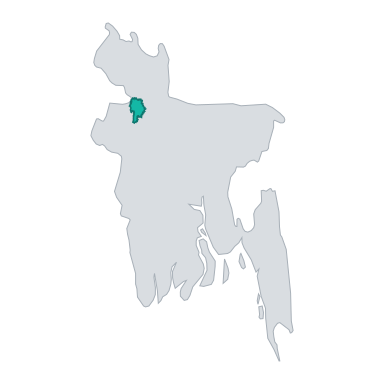 Joypurhat, Rajshahi, Bangladesh shown in context
{"feature_id": "16705992B2288856744536", "entity_name": "Joypurhat", "entity_type": "district", "adm_level": 2, "iso_a3": "BGD", "parent_name": "Bangladesh", "parent_adm1": "Rajshahi", "projection": "equal_earth", "projection_center": [89.098, 25.063], "detail": "fine", "context": "in_parent", "style": "filled", "palette": "teal", "viewbox_px": 384, "rotation_deg": 0, "n_neighbors": 0, "source": "geoboundaries", "source_scale": "gbopen_adm2", "svg_char_len": 8014}
<svg xmlns="http://www.w3.org/2000/svg" viewBox="0 0 384 384"><path d="M135.6,284.1L135.6,273.5L129.9,252.5L130.2,250.2L129.0,240.0L127.6,234.4L126.8,228.5L130.2,219.9L128.9,218.5L121.3,215.9L120.4,213.7L122.1,205.3L116.6,197.3L114.5,191.4L120.3,172.2L121.8,158.9L121.4,156.3L117.8,153.3L111.6,152.1L107.2,149.6L104.6,145.9L102.4,144.4L99.7,145.5L96.2,144.0L93.3,140.3L90.9,135.7L91.9,130.8L96.5,119.0L98.2,118.7L102.1,121.0L103.6,121.0L106.2,116.3L109.8,103.1L122.5,104.3L125.5,103.8L128.6,102.8L130.4,101.1L131.3,99.0L131.0,97.2L127.1,94.7L125.6,92.9L124.5,87.6L123.4,85.6L115.8,85.3L111.9,82.9L109.7,80.7L105.8,73.6L101.1,68.2L96.5,67.0L94.8,65.3L93.8,62.5L94.4,58.6L96.7,51.0L109.3,34.7L109.6,32.9L109.1,30.8L105.4,28.2L105.2,26.9L106.2,23.5L108.3,23.0L112.6,26.1L117.0,31.2L119.6,35.7L119.7,39.2L123.1,39.9L126.0,41.5L129.0,41.0L130.9,41.9L132.1,41.6L132.6,39.5L130.1,34.4L131.4,32.2L134.2,32.4L136.3,34.3L137.8,38.2L138.1,44.4L141.5,49.9L145.9,53.9L149.4,55.7L153.6,57.0L157.2,55.8L159.0,51.9L158.2,48.4L158.7,45.3L160.2,43.6L162.4,43.7L164.1,46.2L169.0,59.5L168.0,65.4L169.2,81.6L167.9,92.3L168.7,96.3L169.6,97.1L177.0,99.1L187.7,103.3L195.9,104.9L232.9,103.7L241.0,105.8L265.7,104.2L272.5,107.6L279.9,113.2L284.0,117.3L284.8,119.7L284.4,121.7L283.0,122.8L280.5,122.9L274.6,120.2L273.6,121.0L273.6,127.4L269.0,143.5L268.4,148.5L266.8,150.5L261.9,151.5L258.7,161.0L257.4,162.1L254.1,160.1L252.1,160.4L249.6,161.3L247.1,163.4L245.4,166.1L243.5,167.1L236.5,166.9L235.2,171.3L230.7,177.0L227.7,192.2L227.9,196.8L231.8,209.0L234.6,224.7L235.6,226.3L236.9,226.5L237.0,219.3L238.2,218.3L239.8,219.1L243.2,228.9L245.1,231.4L247.9,232.1L251.2,230.6L253.7,227.7L254.6,224.6L253.7,214.0L255.2,209.7L260.8,203.3L261.6,201.3L261.2,190.7L263.3,190.3L266.2,191.2L269.8,188.7L270.9,188.6L272.4,191.3L275.0,190.8L279.0,211.9L279.5,226.8L280.4,235.0L281.8,236.9L286.2,249.3L290.6,293.1L291.3,321.0L293.1,330.5L291.7,332.6L290.3,333.0L289.0,329.7L279.8,322.6L277.5,323.3L274.4,327.4L273.2,331.3L273.8,336.6L274.8,341.9L277.0,344.9L277.2,348.3L279.8,360.9L279.1,361.0L274.0,349.5L267.8,338.3L265.7,318.1L265.5,308.2L261.2,296.5L257.2,276.2L258.9,269.0L256.0,272.1L251.3,259.9L244.1,248.0L242.0,242.7L241.9,237.6L238.8,242.8L234.7,246.4L230.4,251.9L227.6,253.5L218.6,254.5L213.3,247.2L205.8,229.4L204.8,225.3L205.7,214.9L203.9,205.0L203.4,196.2L202.1,197.0L201.6,199.4L201.8,203.1L201.3,206.2L188.8,204.2L194.2,209.4L199.9,210.6L202.9,215.3L203.1,223.0L197.5,227.7L198.0,231.6L201.3,236.4L197.3,237.8L196.2,240.9L196.2,245.4L199.0,252.3L198.5,255.0L203.3,264.0L204.2,268.3L203.0,274.4L192.8,286.8L189.9,295.5L187.4,299.6L184.2,300.4L180.4,296.2L180.3,292.0L181.1,288.6L186.4,280.4L183.5,281.5L175.2,288.3L173.6,282.8L172.6,277.7L172.5,271.5L176.5,262.2L172.0,266.8L170.8,272.6L171.3,279.4L170.8,284.3L169.0,290.6L166.6,294.4L162.7,296.8L160.9,300.6L158.3,303.3L157.4,290.6L154.5,273.4L153.9,277.1L155.4,287.7L155.3,294.6L153.2,300.1L148.9,306.0L145.6,306.9L143.6,306.0L137.5,297.1L136.9,288.7L135.6,284.1ZM211.3,284.4L203.7,286.4L199.8,285.8L207.0,270.3L206.8,263.4L205.6,257.8L201.9,253.3L201.7,250.1L200.0,245.7L199.1,240.5L203.2,238.9L206.6,241.8L207.8,247.7L209.4,252.1L215.2,261.1L215.1,266.6L213.6,280.2L211.3,284.4ZM227.7,279.3L223.1,283.4L224.5,259.0L228.0,268.1L228.9,273.0L227.7,279.3ZM245.4,267.1L243.4,268.9L241.5,267.4L239.0,261.6L240.2,254.4L240.9,253.4L243.9,260.8L245.4,267.1ZM263.0,318.6L260.3,318.9L259.0,317.1L259.6,314.7L258.8,306.8L262.2,306.0L263.5,312.6L263.0,318.6ZM259.9,296.5L258.0,304.3L257.2,300.8L258.5,293.9L259.9,296.5ZM205.2,233.0L206.0,235.6L201.7,232.3L200.6,230.0L202.5,228.8L205.2,233.0Z" fill="#d9dde1" stroke="#a8b0b8" stroke-width="1"/><path d="M145.6,109.0L145.1,108.8L144.9,108.7L144.9,108.4L144.8,108.5L144.3,108.4L144.3,108.2L144.2,107.9L144.2,107.6L144.2,107.2L143.9,106.9L143.7,106.6L143.4,105.7L143.1,105.7L142.8,105.7L142.9,105.4L143.0,105.3L143.0,105.2L142.9,105.0L142.8,104.8L142.8,104.5L142.7,104.6L142.5,104.3L142.4,104.3L142.2,104.2L141.9,103.8L142.0,103.7L141.9,103.7L141.7,103.4L141.4,103.4L141.4,103.2L141.7,103.0L141.8,102.8L141.9,102.4L141.7,102.1L141.9,102.0L141.9,101.5L142.0,101.4L142.1,101.1L142.3,101.0L142.3,100.8L142.1,100.8L141.9,100.7L141.9,100.4L141.9,100.2L141.7,100.1L141.6,100.3L141.3,100.4L141.3,100.5L141.2,100.4L141.0,100.5L140.9,100.1L140.7,100.1L140.5,99.8L140.4,99.8L140.3,99.7L140.2,99.7L140.4,99.5L140.3,99.4L140.0,99.3L139.9,99.3L140.0,99.2L139.8,99.2L139.4,99.3L139.5,99.4L139.5,99.5L139.0,99.9L138.8,99.7L138.7,99.4L138.6,99.5L138.5,99.8L138.5,100.0L138.1,99.9L138.0,100.1L137.7,100.0L137.5,99.9L137.4,99.6L137.0,99.4L137.0,99.2L136.9,99.0L136.6,98.6L136.5,98.4L136.3,98.5L136.2,98.6L136.3,98.7L136.3,98.8L136.1,98.8L135.9,98.7L135.6,98.7L135.4,98.4L135.5,98.6L135.4,98.6L135.1,98.2L134.9,98.2L135.0,98.1L134.8,98.1L134.6,98.0L134.6,98.3L134.5,98.2L134.4,98.3L134.3,98.5L134.2,98.6L133.7,98.5L133.7,98.8L133.6,98.7L133.6,98.4L133.1,98.4L133.1,98.2L132.8,98.1L132.7,98.5L132.5,98.8L132.4,98.7L132.3,99.0L132.1,99.0L131.6,99.3L131.4,99.6L131.3,99.9L131.4,100.3L131.3,100.6L131.6,101.1L131.6,101.6L131.7,101.9L131.6,102.0L131.6,101.9L131.4,102.1L131.0,102.1L130.9,102.0L130.9,101.9L130.7,101.8L130.7,102.3L130.5,102.5L130.7,102.8L131.0,102.9L131.1,103.1L131.0,103.4L131.2,103.6L131.2,103.8L130.9,104.0L130.9,103.9L130.8,103.7L130.6,103.5L130.3,103.8L130.2,103.9L130.1,104.1L130.1,104.4L130.2,104.9L130.1,105.3L130.0,105.5L129.9,105.6L130.1,105.6L130.3,105.8L130.3,106.0L130.1,106.0L130.1,106.3L130.0,106.5L130.3,106.9L130.6,107.1L130.8,107.5L130.9,108.4L130.7,108.8L130.7,109.1L130.5,109.6L130.4,109.9L130.7,110.7L131.0,110.7L131.0,111.1L130.9,111.6L130.9,111.8L131.2,111.8L131.2,112.1L131.3,112.3L131.5,112.4L131.5,112.2L131.3,112.0L131.3,111.8L131.4,111.7L131.5,111.4L131.4,111.3L131.4,110.9L131.6,110.9L131.7,111.0L131.8,110.9L132.0,111.0L132.3,110.9L132.5,111.0L132.6,110.9L132.8,111.3L133.0,111.3L133.3,111.4L133.4,111.1L133.5,111.1L133.8,111.2L134.1,111.3L134.0,111.8L133.8,112.0L133.9,112.3L134.0,112.2L134.2,112.6L133.8,112.9L133.9,113.0L134.2,113.0L134.1,113.5L133.9,113.4L133.8,113.6L133.9,113.8L133.8,114.1L133.8,114.6L134.0,114.7L133.9,115.1L133.8,115.4L133.5,115.4L133.4,115.7L133.6,115.9L133.5,116.3L133.6,116.5L133.4,116.8L133.5,117.5L133.5,118.0L133.4,118.4L133.4,118.8L133.5,118.9L133.4,119.3L133.5,119.4L133.6,119.8L133.7,120.1L133.6,120.4L133.4,120.6L133.4,120.8L133.0,121.2L133.0,121.5L133.2,121.8L133.0,122.3L133.4,122.4L133.6,122.3L133.8,122.3L133.9,122.8L134.1,122.9L134.1,122.7L134.3,122.4L134.7,122.5L134.8,122.4L135.0,122.3L135.1,122.2L135.3,122.0L135.5,122.0L135.8,122.2L135.9,121.8L136.2,121.7L136.3,121.5L136.8,121.7L137.1,121.5L137.3,121.3L137.3,121.2L137.0,121.3L136.9,121.0L136.9,120.8L136.7,120.8L136.9,120.3L137.3,120.6L137.5,120.4L137.6,120.1L137.8,119.7L137.5,119.7L137.5,119.3L137.5,119.2L137.3,119.1L137.2,118.5L137.0,118.3L137.1,118.2L137.1,117.9L137.3,117.6L137.5,117.5L137.5,117.4L137.5,117.2L137.4,117.2L137.4,116.7L137.2,116.6L137.2,116.4L137.6,116.3L137.8,116.1L137.8,115.9L138.1,115.8L138.2,116.1L138.4,116.0L138.4,115.9L138.5,115.9L138.6,116.2L138.9,116.3L138.9,116.5L138.7,117.0L138.9,117.0L139.1,116.9L139.3,117.0L139.6,116.9L139.6,117.0L139.9,117.0L140.1,116.9L140.2,117.0L140.5,116.9L140.8,116.9L141.0,116.8L141.2,117.1L141.3,117.3L141.5,117.4L141.5,117.2L141.6,116.9L141.6,116.7L141.5,116.3L141.5,116.2L141.4,116.2L141.3,115.8L141.1,115.9L141.1,115.7L141.3,115.7L141.2,115.5L141.3,115.5L141.4,115.4L141.5,115.1L141.9,115.0L142.0,114.9L141.9,114.9L141.8,114.7L141.7,114.7L141.7,114.4L141.9,114.2L142.1,114.3L142.3,114.3L142.3,114.2L142.0,114.1L142.3,113.7L142.4,113.8L142.4,113.6L142.5,113.5L142.5,113.2L142.8,113.0L142.9,112.8L143.0,112.7L142.9,112.7L142.7,112.7L142.7,112.4L142.9,112.5L143.3,113.0L143.4,112.9L143.7,112.9L144.0,112.4L143.9,112.1L143.9,111.9L144.0,111.7L144.0,111.3L144.2,111.1L144.3,111.1L144.2,111.0L144.3,110.9L144.2,110.6L144.1,110.3L144.3,110.1L144.5,110.1L144.7,109.7L145.1,109.2L145.3,109.1L145.5,109.1L145.6,109.0Z" fill="#14b8a6" stroke="#0f766e" stroke-width="1.5"/></svg>